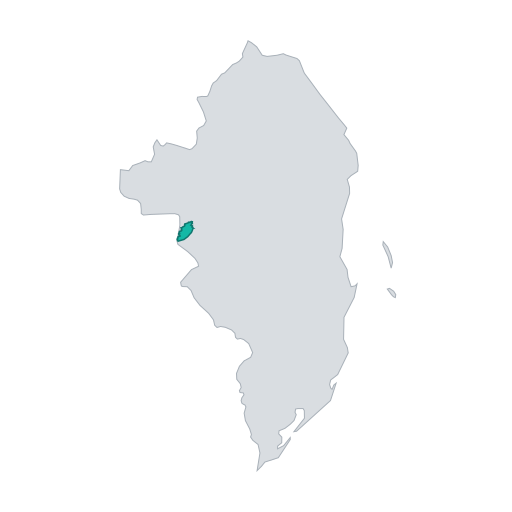 location of El Paraiso, El Paraíso, Honduras, rotated 95°
{"feature_id": "27666195B18582423233621", "entity_name": "El Paraiso", "entity_type": "district", "adm_level": 2, "iso_a3": "HND", "parent_name": "Honduras", "parent_adm1": "El Paraíso", "projection": "natural_earth1", "projection_center": [-86.568, 13.849], "detail": "fine", "context": "in_parent", "style": "filled", "palette": "teal", "viewbox_px": 512, "rotation_deg": 95, "n_neighbors": 0, "source": "geoboundaries", "source_scale": "gbopen_adm2", "svg_char_len": 5187}
<svg xmlns="http://www.w3.org/2000/svg" viewBox="0 0 512 512"><g transform="rotate(95 256 256)"><path d="M469.7,236.2L451.9,234.9L443.6,237.5L439.9,243.1L436.8,245.6L434.2,245.0L428.8,247.2L420.9,252.2L413.6,254.1L407.2,252.9L405.3,254.1L404.8,255.7L403.8,257.3L401.3,258.2L398.5,257.7L395.3,255.9L393.5,256.7L393.4,260.0L391.6,260.8L388.3,259.3L384.6,260.5L380.5,264.4L374.7,265.2L367.3,262.9L361.5,258.7L357.4,252.5L352.5,250.9L343.9,255.6L340.3,261.0L339.5,264.3L340.4,267.3L338.8,269.3L334.8,270.3L331.8,273.9L329.7,280.3L329.3,285.2L330.6,288.6L328.6,291.1L323.3,292.8L317.2,298.2L310.1,307.5L303.0,314.0L296.0,317.7L292.6,321.8L292.8,326.3L292.4,327.7L291.0,328.2L288.7,328.8L275.2,319.1L271.2,312.3L267.9,313.3L263.6,316.7L257.6,324.4L251.2,334.8L248.1,336.0L232.0,334.5L223.5,335.4L221.7,336.8L220.9,340.6L221.4,345.7L223.7,364.1L225.0,371.7L223.7,374.0L219.4,374.4L213.8,375.5L210.7,378.9L210.0,382.5L209.7,387.5L207.9,392.6L204.4,396.3L201.0,397.7L181.8,398.6L182.1,390.1L176.6,386.7L173.4,379.6L170.7,374.8L171.6,371.9L171.3,368.5L163.5,365.9L156.2,367.9L152.0,366.6L148.9,364.8L154.2,360.6L154.6,358.0L152.9,356.2L151.1,354.9L151.7,350.2L152.8,344.5L155.8,331.4L154.7,329.1L149.8,325.2L143.6,324.8L136.8,326.0L133.5,324.0L130.6,319.5L125.8,317.3L117.1,320.9L108.0,326.4L105.2,328.3L102.9,328.1L101.8,324.0L101.4,319.2L100.8,318.0L96.0,316.3L90.3,315.0L87.4,313.7L84.7,310.5L77.9,306.2L76.3,303.1L67.3,295.9L65.4,292.3L63.4,289.7L59.0,286.4L55.6,287.2L44.1,283.1L42.3,282.7L43.9,279.1L47.6,273.5L55.5,267.3L56.2,262.3L54.2,252.6L52.1,246.4L53.2,243.6L55.7,232.4L57.7,229.8L69.1,224.1L70.2,223.3L79.2,215.3L89.3,206.5L99.7,196.7L111.3,185.9L117.7,179.5L120.7,176.7L127.4,179.0L132.7,173.8L135.7,172.1L142.8,166.0L145.0,164.6L156.9,162.1L162.7,162.1L167.7,168.4L171.7,171.8L179.2,168.9L185.5,168.2L211.6,174.0L221.9,171.5L240.9,170.9L249.4,172.4L261.5,164.1L269.2,162.5L278.3,158.6L277.1,154.7L274.9,152.9L288.8,154.6L309.4,163.0L331.4,161.5L339.3,157.0L344.5,155.7L367.0,164.3L373.0,170.8L377.6,171.5L381.2,170.0L382.2,168.6L377.7,167.2L375.7,165.1L393.5,169.2L427.0,200.3L427.7,202.9L413.4,193.6L405.8,194.4L403.9,195.8L404.3,200.9L405.0,203.2L408.3,203.5L410.6,202.1L416.6,203.8L420.5,207.1L425.2,212.2L428.1,217.8L431.2,217.9L434.2,214.5L439.8,214.1L443.5,217.9L446.2,217.7L442.5,211.9L433.9,206.1L435.9,205.9L455.0,216.2L460.5,229.2L465.0,232.2L469.7,236.2ZM245.1,124.3L234.0,130.6L230.6,130.5L235.6,125.6L243.8,121.4L250.7,119.4L256.3,120.3L245.1,124.3ZM282.8,117.6L277.5,122.3L276.6,120.2L279.1,115.8L282.3,113.4L285.3,113.6L284.6,115.5L282.8,117.6Z" fill="#d9dde1" stroke="#a8b0b8" stroke-width="1"/><path d="M234.4,333.2L234.7,333.1L234.8,332.9L234.9,332.7L235.0,332.6L235.3,332.4L235.6,332.3L235.7,332.5L235.8,332.5L236.0,332.7L236.3,332.7L236.5,332.6L236.7,332.3L236.8,332.2L237.0,332.2L237.1,332.3L237.3,332.4L237.3,332.5L237.5,332.7L237.4,332.8L237.6,333.1L237.7,333.3L237.8,333.3L238.0,333.4L238.0,333.5L238.0,333.8L238.0,334.1L238.3,334.2L238.4,334.3L238.5,334.3L238.6,334.5L238.8,334.5L239.0,334.5L239.0,334.4L239.3,334.5L239.6,334.6L239.9,334.6L240.0,334.7L240.0,334.8L240.2,335.0L240.4,335.0L240.4,334.9L240.5,334.8L240.8,334.7L240.8,334.4L240.9,334.5L241.0,334.7L241.0,334.8L241.3,334.8L241.5,334.7L241.8,334.5L242.0,334.2L242.3,334.0L242.3,333.9L242.2,333.8L242.2,333.7L242.3,333.7L242.5,333.6L242.6,333.4L242.8,333.4L242.8,333.5L242.8,333.8L243.0,333.8L243.1,334.1L243.2,334.4L243.2,334.6L243.3,334.9L243.4,335.0L243.5,335.2L243.6,335.3L243.8,335.4L244.0,335.5L244.3,335.3L244.5,335.3L245.1,335.5L245.3,335.9L245.5,335.8L245.6,335.7L245.8,335.7L246.0,335.8L246.3,335.9L246.3,335.7L246.5,335.5L246.8,335.7L247.1,335.6L247.3,335.6L247.6,335.4L247.6,335.2L247.8,335.0L247.8,334.9L248.0,334.8L246.0,329.7L245.8,329.2L242.7,325.7L239.6,323.5L238.3,322.4L236.2,321.7L234.5,321.3L234.4,321.2L234.2,321.2L233.9,321.1L233.7,321.2L233.6,321.3L233.6,321.2L233.4,321.5L233.2,321.5L233.2,321.8L233.0,322.0L232.9,322.2L232.7,322.1L232.4,322.2L232.4,321.9L232.2,321.9L232.1,322.0L231.9,322.0L232.0,322.1L232.0,322.3L231.9,322.4L231.7,322.4L231.6,322.5L231.4,322.7L231.4,322.8L231.2,323.0L231.2,323.3L231.1,323.5L231.0,323.4L230.9,323.3L230.7,323.3L230.6,323.2L230.3,323.2L230.2,323.2L229.9,323.1L229.7,322.9L229.7,323.0L229.4,322.9L229.5,322.9L229.5,322.7L229.4,322.5L229.3,322.4L229.2,322.4L229.2,322.5L228.9,322.7L228.7,322.5L228.3,322.4L228.1,322.4L228.0,322.5L227.8,322.6L227.7,322.5L227.6,322.4L227.4,322.4L227.4,322.5L227.5,322.7L227.4,322.7L227.3,322.8L227.2,322.9L226.9,323.0L227.0,323.0L227.1,323.3L227.3,323.5L227.5,323.6L227.5,323.8L227.7,324.1L227.8,324.2L227.8,324.3L227.9,324.5L228.0,324.7L228.1,324.8L228.3,325.0L228.3,325.5L228.2,325.6L228.3,325.8L228.2,325.9L228.3,326.1L228.3,326.3L228.5,326.4L228.7,326.5L228.8,326.5L229.0,326.6L230.2,329.5L230.3,329.5L230.5,329.5L230.5,329.8L230.9,329.8L231.0,329.8L231.0,329.7L231.0,329.8L231.3,329.9L231.6,329.8L231.7,329.7L231.8,329.6L232.1,329.6L232.3,329.7L232.3,329.8L232.6,330.0L232.8,330.4L232.9,330.6L233.0,330.8L233.0,331.0L233.2,331.3L233.3,331.4L233.4,331.5L233.6,331.5L233.9,331.8L234.0,331.9L234.0,332.1L234.2,332.4L234.3,332.7L234.4,333.2Z" fill="#14b8a6" stroke="#0f766e" stroke-width="1.5"/></g></svg>